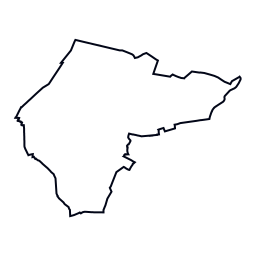 Landgraaf, Limburg, Netherlands
{"feature_id": "6326949B53909920900869", "entity_name": "Landgraaf", "entity_type": "district", "adm_level": 2, "iso_a3": "NLD", "parent_name": "Netherlands", "parent_adm1": "Limburg", "projection": "robinson", "projection_center": [6.038, 50.902], "detail": "fine", "context": "isolated", "style": "outline", "palette": "ink", "viewbox_px": 256, "rotation_deg": 0, "n_neighbors": 0, "source": "geoboundaries", "source_scale": "gbopen_adm2", "svg_char_len": 5377}
<svg xmlns="http://www.w3.org/2000/svg" viewBox="0 0 256 256"><path d="M70.9,50.5L61.0,62.8L62.7,62.9L60.7,66.0L59.4,68.0L54.0,76.1L53.0,77.6L51.3,80.2L50.6,81.3L49.6,82.8L49.0,83.7L48.7,84.1L46.1,85.7L42.8,87.7L36.4,93.5L30.2,99.3L28.6,100.7L26.5,102.7L26.4,102.8L23.6,105.3L22.4,106.5L21.5,107.3L21.1,107.2L20.2,109.0L19.8,109.7L19.3,110.7L18.9,111.4L18.6,112.1L18.2,112.9L17.1,115.1L16.4,116.6L16.1,117.1L15.9,117.4L15.6,117.4L15.4,117.8L15.5,117.8L15.8,117.8L16.0,117.9L17.0,117.9L18.1,117.9L18.9,117.9L19.2,118.0L18.8,119.2L18.4,119.7L18.0,119.9L17.6,120.8L17.9,121.0L19.7,121.2L20.6,121.5L20.5,121.9L21.2,122.1L21.5,122.2L21.4,122.5L22.0,122.7L21.6,123.9L21.3,124.8L22.2,125.4L22.8,125.2L23.3,125.1L23.8,125.1L23.9,126.1L23.9,126.6L24.0,127.3L24.0,128.0L24.1,128.5L24.1,129.2L24.1,131.4L24.1,131.9L24.1,132.5L24.2,133.2L24.2,134.4L24.2,134.9L24.3,136.9L24.3,137.4L24.3,138.0L24.3,138.7L24.3,139.4L24.4,141.0L24.4,142.7L24.4,145.3L24.5,146.8L24.9,147.9L25.0,148.1L25.5,149.4L25.9,150.1L27.3,153.0L27.6,153.7L27.7,153.8L28.3,154.9L28.4,155.2L29.9,154.7L30.2,154.6L30.5,154.6L31.7,154.3L32.8,154.1L32.5,157.1L33.3,156.9L33.9,156.8L34.3,157.5L34.5,157.9L34.9,158.5L35.0,158.5L35.3,158.9L35.8,158.6L36.2,159.0L36.7,159.4L37.0,159.6L37.4,159.9L37.7,160.1L37.9,160.3L38.7,160.5L39.4,160.8L42.0,163.2L42.3,163.6L45.5,166.4L47.5,168.1L47.7,168.3L50.3,171.0L51.1,172.0L53.7,174.2L54.2,175.6L55.5,178.3L56.5,193.5L57.3,195.4L57.7,195.9L57.5,196.4L58.7,197.8L58.8,198.2L63.7,202.6L63.8,202.9L63.9,203.0L64.4,203.8L64.9,204.3L68.1,206.7L68.6,207.1L69.1,208.8L69.9,209.8L70.2,216.1L73.0,215.4L73.3,215.2L74.0,215.1L74.9,214.7L77.5,213.6L78.7,213.1L79.2,212.8L79.8,212.5L80.6,213.3L80.8,213.4L81.6,212.9L81.9,212.6L82.2,212.5L82.5,212.4L82.7,212.2L83.1,212.1L83.6,212.0L83.9,211.9L84.2,211.9L84.4,211.8L84.9,211.8L85.2,211.8L85.7,211.8L87.2,211.9L91.4,212.2L92.8,212.2L93.7,212.3L94.8,212.3L95.7,212.3L100.2,212.3L103.4,212.4L103.5,212.4L103.5,210.0L104.7,207.0L105.0,206.3L105.4,205.4L107.4,198.6L111.5,191.7L109.8,187.8L110.8,186.4L112.3,182.5L114.2,177.7L116.4,172.1L123.7,166.9L124.5,167.3L126.3,168.6L127.1,169.0L127.4,169.2L127.7,169.3L127.8,169.4L128.7,169.8L129.4,169.9L129.5,169.6L130.0,168.9L130.3,168.2L130.7,167.5L131.1,166.8L131.5,166.2L132.0,165.5L132.7,164.5L132.7,164.0L133.2,163.5L133.6,163.4L134.8,162.3L132.9,161.3L131.4,160.3L130.7,159.9L129.9,159.5L126.7,157.9L123.7,156.4L124.0,156.2L124.2,155.9L124.2,155.7L124.3,155.5L124.3,155.4L124.2,155.2L124.3,155.0L124.6,155.0L124.8,154.9L125.0,154.8L125.0,154.7L124.9,154.5L124.9,154.4L125.1,154.2L125.3,154.2L125.5,154.2L125.9,154.2L126.1,154.4L126.4,154.4L126.6,154.5L127.0,154.4L127.3,154.4L127.5,154.4L127.9,154.4L128.1,154.3L128.3,154.3L127.9,153.5L127.7,152.9L127.5,152.0L127.4,151.6L127.3,150.9L127.3,150.4L127.3,150.1L127.3,149.5L127.3,149.2L127.4,148.9L127.4,148.5L127.5,148.5L127.6,147.6L127.4,147.5L127.6,147.1L127.5,146.9L127.3,146.6L127.1,146.4L127.1,146.2L127.0,145.9L127.1,145.7L127.6,145.0L127.9,144.7L128.0,144.6L128.3,144.3L128.7,144.3L128.9,144.0L129.2,143.5L129.6,142.7L130.0,142.0L130.4,141.2L130.5,140.9L130.5,140.7L130.3,140.2L130.1,140.0L129.3,139.2L128.9,138.6L128.4,137.9L128.3,137.7L128.2,137.5L128.2,137.0L128.3,136.4L128.5,135.4L129.1,133.6L132.6,134.5L132.9,134.4L134.2,134.7L135.8,135.0L137.7,135.5L138.9,135.7L140.2,136.0L141.4,136.3L141.7,136.3L145.3,136.0L149.8,135.6L149.8,135.8L151.9,135.6L151.8,135.4L157.3,134.9L157.3,134.5L159.0,134.4L158.7,132.1L158.7,130.8L158.7,130.7L158.7,130.4L158.5,130.0L158.3,129.7L158.8,129.5L159.3,129.3L162.5,128.3L163.5,128.0L164.9,131.4L175.0,128.4L175.0,127.9L174.8,125.9L174.7,125.1L174.6,124.7L177.3,124.2L180.3,123.1L196.7,120.8L200.8,120.1L201.3,120.1L203.7,119.8L209.4,119.0L209.5,118.5L209.7,117.5L210.0,116.4L210.3,115.5L210.6,114.7L211.0,113.4L211.4,112.4L211.6,111.9L211.7,111.7L211.8,111.6L211.8,111.4L211.9,111.2L212.0,111.2L212.1,110.9L212.2,110.7L212.3,110.4L212.4,110.2L212.5,110.0L212.5,109.9L212.7,109.6L212.8,109.5L212.9,109.3L213.0,109.2L213.2,108.9L213.3,108.8L213.4,108.7L213.5,108.6L213.6,108.4L213.8,108.2L214.0,108.0L214.0,107.9L214.3,107.7L214.5,107.5L214.5,107.4L214.9,107.1L215.3,106.8L215.7,106.6L215.8,106.5L215.9,106.4L216.0,106.4L216.2,106.2L216.7,105.9L218.2,104.9L222.4,102.2L222.9,101.9L223.6,101.2L223.9,100.8L224.2,100.2L224.5,99.7L224.6,99.2L224.6,98.6L224.5,98.0L224.5,97.8L224.4,97.2L224.5,96.7L224.7,96.2L225.0,95.8L228.7,91.8L229.2,91.2L230.1,90.4L230.6,90.1L231.3,89.8L233.8,88.6L234.4,88.4L234.9,88.0L235.4,87.6L235.8,87.3L236.2,86.9L236.6,86.4L238.1,84.1L238.4,83.7L238.6,83.4L238.8,83.0L239.2,82.2L240.5,79.6L240.6,79.2L240.6,78.9L240.6,78.5L240.6,78.1L240.4,77.8L240.2,77.5L239.6,76.7L239.4,76.9L231.9,81.2L230.3,84.1L225.9,82.3L224.6,81.8L221.5,79.8L218.1,77.5L214.4,75.9L210.4,74.7L204.3,73.0L200.2,72.5L199.9,72.6L198.8,72.5L191.9,71.5L188.1,74.8L184.1,78.2L184.1,78.3L182.3,78.1L181.1,78.0L180.2,77.6L178.8,77.2L176.0,76.1L173.4,74.9L172.7,74.5L171.9,75.1L171.2,75.6L170.6,76.2L170.2,76.7L159.4,74.9L153.3,73.9L154.6,70.0L156.8,63.7L157.9,60.5L156.1,59.5L151.6,56.4L147.5,53.7L146.4,53.0L143.6,54.0L142.7,54.4L141.5,55.3L139.1,56.6L138.4,57.0L137.9,57.3L134.9,58.0L134.3,56.8L133.7,55.8L133.6,55.6L133.4,55.3L133.1,55.1L132.4,54.5L131.8,54.2L130.4,53.6L126.7,52.1L122.3,50.4L119.7,50.4L110.0,48.1L101.6,46.1L84.6,42.1L75.4,39.9L74.6,41.5L70.9,50.5Z" fill="none" stroke="#020617" stroke-width="2"/></svg>